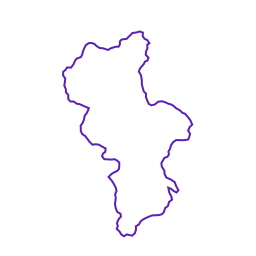 Santo Antônio do Aventureiro, Minas Gerais, Brazil (Natural Earth projection), rotated 147°
{"feature_id": "56859067B95763753347810", "entity_name": "Santo Antônio do Aventureiro", "entity_type": "district", "adm_level": 2, "iso_a3": "BRA", "parent_name": "Brazil", "parent_adm1": "Minas Gerais", "projection": "natural_earth1", "projection_center": [-42.811, -21.75], "detail": "fine", "context": "isolated", "style": "outline", "palette": "violet", "viewbox_px": 256, "rotation_deg": 147, "n_neighbors": 0, "source": "geoboundaries", "source_scale": "gbopen_adm2", "svg_char_len": 2374}
<svg xmlns="http://www.w3.org/2000/svg" viewBox="0 0 256 256"><g transform="rotate(147 128 128)"><path d="M192.4,49.6L191.5,46.0L191.6,42.4L190.3,39.4L186.9,39.4L185.1,37.4L183.3,35.5L179.7,35.9L176.8,38.3L174.8,41.3L171.5,41.1L168.3,42.8L165.2,43.1L161.3,42.7L157.9,42.1L155.3,41.5L152.5,39.9L149.7,38.2L146.4,37.2L143.6,38.0L140.5,40.6L136.9,40.9L133.9,43.6L130.0,44.0L128.9,47.2L128.6,51.1L126.7,56.0L125.0,53.6L124.1,50.4L122.4,47.5L119.6,48.4L119.2,53.3L118.3,57.2L120.0,61.2L122.8,65.6L122.4,69.5L120.7,72.5L120.7,77.2L119.1,80.4L116.3,81.8L113.7,83.1L110.6,82.4L108.2,83.4L106.9,86.2L104.3,87.5L101.2,90.1L98.1,91.5L94.2,91.7L91.0,89.5L88.5,87.8L86.0,86.5L83.7,85.6L81.2,87.4L79.1,89.4L79.0,93.0L75.8,95.2L72.3,95.9L71.5,100.3L71.8,105.0L72.5,109.1L74.1,111.1L74.9,114.6L76.9,118.4L77.8,121.8L79.0,124.2L81.1,126.6L83.1,129.8L85.1,132.0L88.5,133.7L92.5,133.1L96.0,134.3L97.4,136.7L97.0,140.0L96.1,144.3L94.2,146.8L94.8,150.3L93.6,154.2L92.6,157.1L91.0,159.5L89.5,162.5L88.3,165.7L88.2,169.4L85.7,171.3L82.7,172.3L80.0,173.0L77.7,174.4L75.0,174.0L72.5,175.8L73.3,179.7L71.2,182.3L68.4,184.2L66.4,187.4L63.9,187.4L63.9,191.1L65.5,193.7L65.7,196.9L63.6,199.9L65.5,202.5L69.3,203.7L72.6,205.3L75.2,204.6L77.7,204.2L80.5,203.5L82.9,204.6L85.3,205.7L87.7,205.0L89.1,202.7L91.5,201.3L94.2,202.9L96.7,203.6L99.3,204.3L102.2,204.3L104.0,206.6L105.6,208.5L108.1,210.4L109.7,213.7L110.3,216.5L112.0,219.0L114.6,220.5L118.1,220.5L122.0,218.3L124.4,216.4L126.7,214.3L128.9,213.1L131.5,213.8L133.8,214.1L136.1,213.1L138.8,211.2L142.9,209.7L146.2,212.0L148.6,210.8L151.7,210.4L153.8,207.5L153.6,203.7L156.1,200.7L158.3,198.3L159.0,194.4L160.6,191.6L160.1,188.2L162.3,184.9L161.9,181.7L159.0,179.6L157.8,176.3L155.8,174.6L153.8,171.6L151.8,168.5L150.0,166.1L152.1,164.4L154.8,162.8L157.8,161.8L160.0,159.3L163.3,156.9L166.4,155.8L167.7,153.5L169.2,151.3L169.7,147.8L168.3,144.7L168.0,141.6L167.8,137.6L166.9,133.3L164.3,132.2L161.6,130.0L160.0,126.8L157.9,123.0L160.2,120.3L162.9,120.2L165.1,118.6L164.9,114.8L161.5,112.3L158.9,110.4L156.2,109.1L155.0,106.9L154.1,103.9L155.8,101.2L157.8,98.6L160.5,97.8L163.4,98.3L167.1,98.4L171.0,97.5L170.3,92.9L170.4,88.2L170.8,84.4L172.0,81.3L174.8,79.5L176.4,76.0L178.0,74.0L180.4,71.3L182.0,67.2L182.7,63.4L181.0,60.2L182.1,57.6L184.7,56.9L186.8,55.8L189.2,54.1L189.9,51.3L192.4,49.6Z" fill="none" stroke="#5b21b6" stroke-width="2"/></g></svg>